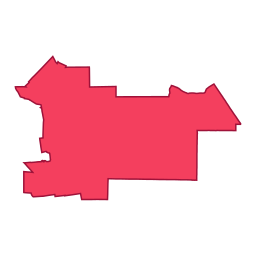 Marzanesti, Teleorman, Romania (Mercator projection)
{"feature_id": "2599482B49744648639079", "entity_name": "Marzanesti", "entity_type": "district", "adm_level": 2, "iso_a3": "ROU", "parent_name": "Romania", "parent_adm1": "Teleorman", "projection": "mercator", "projection_center": [25.534, 43.939], "detail": "fine", "context": "isolated", "style": "filled", "palette": "rose", "viewbox_px": 256, "rotation_deg": 0, "n_neighbors": 0, "source": "geoboundaries", "source_scale": "gbopen_adm2", "svg_char_len": 5238}
<svg xmlns="http://www.w3.org/2000/svg" viewBox="0 0 256 256"><path d="M240.6,124.1L240.5,123.9L240.6,123.7L240.2,123.1L240.1,122.8L239.9,122.6L239.7,122.3L239.5,122.1L239.2,121.6L238.4,120.5L237.9,119.7L237.2,118.7L236.7,118.0L236.6,117.7L236.4,117.4L236.0,116.9L235.6,116.3L235.0,115.5L234.6,114.9L234.1,114.2L233.4,113.2L232.8,112.3L232.4,111.6L231.7,110.7L231.1,109.7L230.8,109.4L230.0,108.2L229.5,107.4L229.0,106.6L228.5,105.8L228.0,105.0L227.6,104.5L227.4,104.1L226.8,103.3L226.4,102.7L225.4,101.0L224.9,100.3L224.3,99.4L223.2,97.9L222.9,97.3L222.3,96.4L221.3,95.0L213.9,84.0L209.0,87.0L206.4,89.1L205.4,91.5L205.2,92.1L204.9,92.5L204.7,92.7L204.6,92.8L204.3,92.9L203.9,93.0L203.4,93.1L203.2,93.2L202.8,93.2L202.1,93.1L201.5,93.1L200.9,93.1L200.2,93.1L199.7,93.1L199.1,93.2L198.3,93.3L198.0,93.3L197.3,93.4L196.7,93.4L196.2,93.4L195.9,93.4L195.3,93.3L195.1,93.2L194.7,93.2L194.3,93.1L194.1,93.1L193.8,93.1L193.1,93.0L192.7,93.0L192.4,93.0L192.1,93.0L191.7,93.0L191.0,93.0L190.5,93.1L190.1,93.1L189.9,93.1L189.6,93.1L189.3,93.2L188.7,93.4L188.4,93.4L188.3,93.5L188.1,93.5L187.8,93.4L187.3,93.4L187.2,93.4L186.9,93.1L186.5,92.9L186.0,92.7L185.6,92.6L185.2,92.5L185.1,92.4L184.8,92.3L184.4,92.1L184.0,91.9L183.8,91.8L183.5,91.7L183.3,91.6L183.1,91.5L182.8,91.4L182.3,91.1L182.0,90.8L181.7,90.6L181.3,90.4L181.2,90.4L181.0,90.2L180.7,90.0L180.3,89.6L180.0,89.3L179.7,89.1L179.4,88.9L179.2,88.8L179.2,88.7L178.9,88.4L178.7,88.3L178.4,88.2L178.0,88.0L177.6,87.7L177.4,87.7L177.0,87.5L176.9,87.5L176.9,87.4L176.5,87.3L176.4,87.2L176.2,87.2L175.9,87.1L175.7,87.0L175.5,86.9L175.3,86.8L175.1,86.8L174.9,86.7L174.7,86.6L174.4,86.5L174.3,86.4L174.2,86.4L173.6,86.2L173.3,86.0L173.2,86.0L173.0,85.9L172.9,85.9L171.4,85.5L171.2,86.3L169.7,88.6L169.5,90.0L169.9,93.1L169.2,94.3L168.7,96.7L158.3,96.7L116.0,96.8L116.0,86.5L89.6,87.0L89.4,68.7L89.3,67.1L72.6,67.2L67.2,67.2L65.5,67.4L66.1,65.9L60.0,63.1L59.1,62.8L58.0,61.7L57.1,63.6L56.6,63.1L55.5,61.8L54.7,60.1L52.8,56.5L42.0,67.9L34.6,75.5L32.4,77.6L28.6,81.8L29.1,82.5L25.2,86.2L25.8,86.8L22.5,86.7L15.4,86.8L15.6,88.2L16.4,89.9L18.1,92.2L20.4,96.8L22.2,97.4L24.4,98.0L24.4,98.6L25.8,98.8L27.0,99.0L28.5,99.3L29.4,99.6L29.5,99.8L29.6,100.0L30.0,100.1L30.3,100.2L32.4,101.6L32.7,101.8L33.3,102.1L34.0,102.6L35.0,103.2L36.2,103.9L36.5,104.0L36.9,104.1L38.8,104.4L39.5,104.5L40.0,104.6L40.5,104.7L40.9,104.8L41.0,104.9L41.1,105.1L41.2,106.1L41.4,106.9L41.2,107.1L40.9,107.3L40.6,107.5L40.4,107.6L40.5,107.7L40.8,107.7L41.2,107.6L41.4,107.5L41.5,107.6L41.6,108.2L41.9,109.7L42.0,111.1L42.7,114.5L43.0,116.3L43.2,117.2L43.5,118.9L43.7,119.7L43.4,122.7L43.2,128.7L43.1,132.0L43.0,135.0L43.0,137.9L39.7,138.3L39.9,140.1L40.3,142.7L40.6,144.7L40.9,147.0L41.1,148.2L41.5,150.5L41.6,151.0L41.8,152.5L42.3,152.4L44.8,151.7L45.5,151.5L46.1,151.5L46.4,151.5L46.5,151.6L46.7,151.9L46.7,152.1L46.8,152.2L48.3,152.9L49.3,153.0L49.5,153.1L49.7,153.5L50.1,156.1L50.4,159.4L50.5,159.8L50.2,160.4L50.1,160.9L49.9,161.1L49.7,161.2L48.6,161.4L48.5,161.5L47.3,161.6L46.3,161.5L46.1,161.3L45.6,160.9L45.3,160.7L44.2,160.7L44.2,161.1L43.7,161.2L43.8,161.7L43.2,161.7L42.8,161.5L42.7,161.0L42.7,160.7L42.4,160.5L42.1,160.6L41.8,160.8L41.5,161.1L41.4,161.3L41.2,161.7L40.7,161.7L38.2,161.8L34.7,162.2L32.0,162.4L30.9,162.5L30.4,162.3L27.2,162.6L25.0,162.8L24.1,162.8L25.8,164.6L27.4,166.5L29.0,168.2L32.6,172.1L32.8,172.4L30.1,172.1L26.7,171.9L23.8,171.6L23.8,176.8L23.8,192.5L24.4,192.6L26.8,192.8L29.7,193.0L31.1,193.1L31.2,193.5L31.4,194.3L31.9,195.3L32.8,196.5L33.4,196.8L36.4,196.6L41.0,196.3L43.4,196.2L45.2,195.9L47.7,195.5L49.5,195.2L50.4,195.1L54.8,194.5L55.1,196.5L58.0,196.2L62.4,195.7L64.8,195.4L64.7,195.7L64.7,195.8L72.0,194.8L80.5,193.5L81.7,199.5L85.5,199.5L91.5,199.5L97.0,199.4L107.5,199.5L107.7,194.2L107.8,187.9L107.9,183.5L108.1,178.7L113.0,178.8L115.6,178.9L119.3,178.9L129.1,179.1L132.9,179.1L136.5,179.1L141.3,179.2L147.0,179.3L150.3,179.3L155.6,179.4L159.2,179.5L163.3,179.5L168.4,179.6L169.6,179.6L170.7,179.6L174.7,179.6L178.6,179.7L181.2,179.8L182.8,179.8L186.5,179.8L190.3,179.9L191.5,179.9L191.6,180.0L191.8,180.1L192.2,180.1L193.2,180.1L194.7,180.2L195.8,180.1L196.7,180.2L196.7,179.7L196.7,179.1L196.7,177.6L196.7,176.0L196.8,174.8L196.8,173.3L196.8,171.8L196.8,170.8L196.8,169.6L196.9,167.8L196.9,167.4L196.9,165.0L196.9,163.8L196.9,162.4L196.9,160.4L196.9,158.2L196.9,156.9L196.9,156.4L196.9,155.6L196.9,154.4L196.9,153.4L197.0,152.1L197.0,151.4L197.0,150.3L197.0,149.3L197.0,148.5L197.0,146.2L197.0,145.2L197.1,144.1L197.1,142.8L197.1,142.0L197.1,140.2L197.2,138.8L197.2,137.9L197.2,136.8L197.2,134.7L197.3,133.9L197.4,133.7L197.3,133.4L197.2,131.1L197.2,130.4L199.6,130.5L201.2,130.5L203.4,130.5L204.9,130.5L205.6,130.5L205.9,130.5L207.0,130.5L208.2,130.4L209.1,130.4L210.2,130.5L211.4,130.5L214.4,130.5L215.6,130.6L216.8,130.5L216.9,130.4L219.5,130.5L220.2,130.5L221.4,130.5L222.1,130.5L223.1,130.5L224.2,130.5L224.9,130.5L225.7,130.5L226.2,130.5L227.4,130.5L229.1,130.5L229.6,130.5L230.1,130.5L230.6,130.5L231.2,130.5L231.8,130.5L232.2,130.5L233.2,130.6L234.0,130.6L235.1,130.6L235.6,130.6L235.8,130.6L235.8,128.9L235.8,126.9L235.8,125.9L235.8,124.7L235.8,124.3L236.5,124.3L238.9,124.3L239.8,124.3L240.5,124.3L240.6,124.1Z" fill="#f43f5e" stroke="#9f1239" stroke-width="1.5"/></svg>